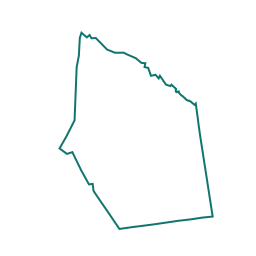 Spartanburg, South Carolina, United States of America, rotated 170°
{"feature_id": "52423323B24740485283278", "entity_name": "Spartanburg", "entity_type": "district", "adm_level": 2, "iso_a3": "USA", "parent_name": "United States of America", "parent_adm1": "South Carolina", "projection": "robinson", "projection_center": [-82.102, 34.888], "detail": "fine", "context": "isolated", "style": "outline", "palette": "teal", "viewbox_px": 256, "rotation_deg": 170, "n_neighbors": 0, "source": "geoboundaries", "source_scale": "gbopen_adm2", "svg_char_len": 1475}
<svg xmlns="http://www.w3.org/2000/svg" viewBox="0 0 256 256"><g transform="rotate(170 128 128)"><path d="M79.0,161.9L83.1,164.2L87.5,173.9L89.2,171.5L91.6,175.6L96.3,175.4L97.7,183.7L101.1,185.1L99.7,188.8L103.5,189.8L108.2,195.4L116.1,200.6L119.1,202.9L127.8,204.4L135.0,208.9L144.1,222.2L148.4,222.7L149.7,226.2L152.8,224.4L157.3,229.9L159.8,225.1L163.8,207.9L168.0,196.8L179.3,144.8L190.5,129.9L199.0,119.8L192.6,113.1L187.0,113.9L181.4,94.3L176.2,79.2L172.5,79.1L172.7,75.0L172.9,72.5L172.1,70.2L165.3,55.2L162.9,50.0L154.0,30.1L139.9,29.6L127.9,29.0L119.1,28.6L108.5,28.3L106.1,28.2L94.8,27.9L90.2,27.6L81.2,27.1L73.3,26.9L70.7,26.9L68.3,26.7L65.6,26.5L60.0,26.1L58.9,78.4L58.3,108.0L57.9,119.6L57.7,122.9L57.3,133.4L57.0,140.3L58.3,139.2L61.3,142.6L61.4,143.0L61.6,143.2L61.7,143.3L62.0,143.3L62.3,143.5L62.5,143.7L62.7,143.8L62.9,144.0L63.3,144.3L63.4,144.5L63.5,144.5L63.8,144.4L64.2,144.5L64.3,144.6L64.6,144.8L64.8,145.0L65.4,145.4L65.6,145.6L65.8,145.9L65.9,146.1L66.0,146.4L66.2,146.6L66.4,146.9L66.5,147.0L66.8,147.2L66.9,147.4L66.9,147.6L67.0,147.8L67.4,148.2L68.9,150.1L69.0,150.2L69.3,150.4L69.6,150.7L69.8,150.9L70.2,151.5L70.3,151.6L70.4,151.8L70.6,152.0L70.8,152.4L71.0,152.7L71.1,152.9L71.3,153.1L71.6,153.7L71.7,154.0L71.7,154.5L71.7,154.8L71.7,155.2L72.2,155.3L72.4,155.3L72.6,155.2L73.4,154.9L73.7,154.8L73.8,154.8L74.1,154.9L74.1,155.0L74.3,155.7L74.6,156.2L73.9,158.2L77.7,163.1L79.0,161.9Z" fill="none" stroke="#0f766e" stroke-width="2"/></g></svg>